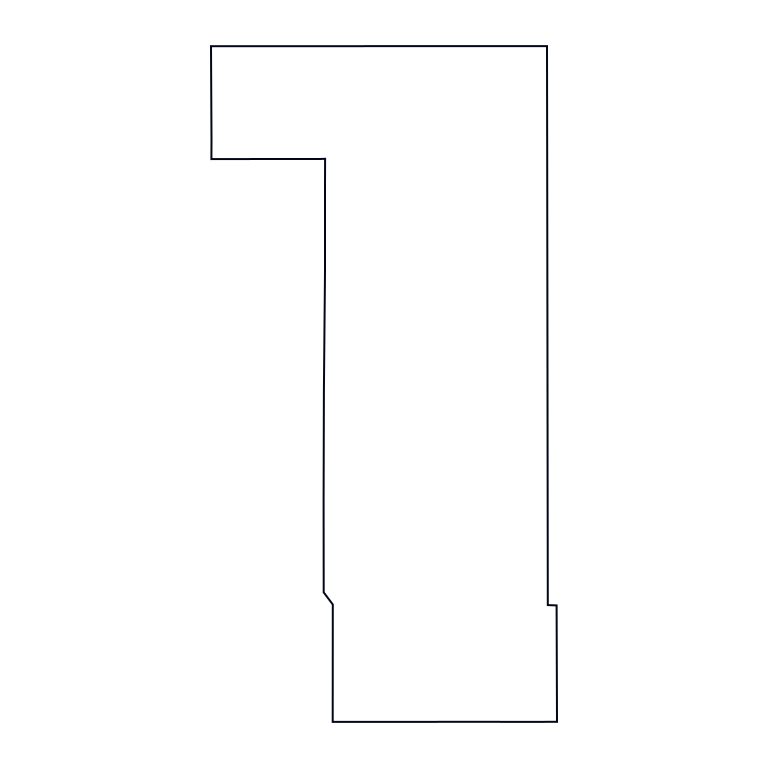 the district of Forrest, Mississippi, United States of America
{"feature_id": "52423323B32098183633338", "entity_name": "Forrest", "entity_type": "district", "adm_level": 2, "iso_a3": "USA", "parent_name": "United States of America", "parent_adm1": "Mississippi", "projection": "orthographic", "projection_center": [-89.313, 31.172], "detail": "fine", "context": "isolated", "style": "outline", "palette": "ink", "viewbox_px": 768, "rotation_deg": 0, "n_neighbors": 0, "source": "geoboundaries", "source_scale": "gbopen_adm2", "svg_char_len": 420}
<svg xmlns="http://www.w3.org/2000/svg" viewBox="0 0 768 768"><path d="M211.0,46.2L211.5,140.1L211.4,159.1L268.8,159.0L319.8,159.0L325.1,158.8L325.0,186.8L325.0,271.7L323.9,391.4L323.6,499.4L323.7,592.4L332.8,604.5L332.7,721.9L489.9,721.8L520.4,721.9L557.0,721.8L556.6,605.4L547.8,605.1L547.2,160.9L547.0,46.1L378.8,46.1L356.0,46.2L268.6,46.2L263.5,46.2L211.0,46.2Z" fill="none" stroke="#020617" stroke-width="2"/></svg>